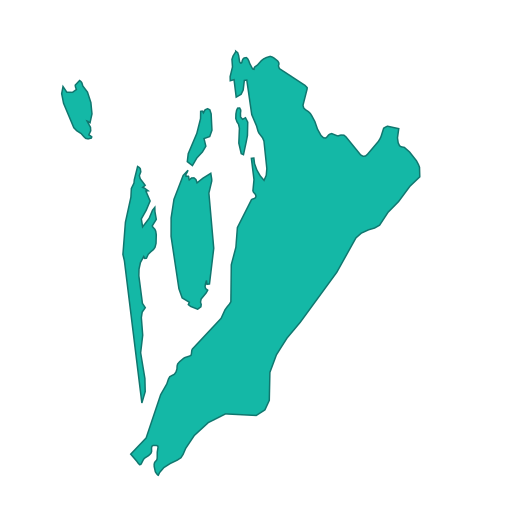 the County of Splitsko-Dalmatinska, rotated 83°
{"feature_id": "HRV-1492", "entity_name": "Splitsko-Dalmatinska", "entity_type": "County", "adm_level": 1, "iso_a3": "HRV", "parent_name": "Croatia", "parent_adm1": "", "projection": "natural_earth1", "projection_center": [16.561, 43.491], "detail": "fine", "context": "isolated", "style": "filled", "palette": "teal", "viewbox_px": 512, "rotation_deg": 83, "n_neighbors": 0, "source": "natural_earth", "source_scale": "10m", "svg_char_len": 4541}
<svg xmlns="http://www.w3.org/2000/svg" viewBox="0 0 512 512"><g transform="rotate(83 256 256)"><path d="M197.4,83.8L205.5,94.7L219.4,107.9L228.7,119.6L240.5,129.6L242.7,134.9L243.7,141.0L246.1,148.6L250.2,154.6L282.0,177.8L327.2,220.2L341.1,235.1L350.2,242.6L356.6,247.8L373.2,256.4L400.9,260.4L409.8,265.9L414.3,275.2L409.0,305.5L415.5,323.6L426.6,339.1L438.3,349.2L444.1,352.6L447.1,355.1L449.0,359.0L451.5,366.4L454.8,373.3L459.2,378.1L461.7,379.7L461.3,380.3L459.9,381.2L457.9,382.2L452.7,382.7L450.5,382.5L449.0,382.0L447.8,381.1L446.7,379.7L446.0,379.2L444.6,378.7L438.6,377.9L433.7,376.5L432.6,376.7L432.0,377.6L431.5,380.9L431.7,381.9L432.4,382.6L433.8,383.1L437.1,383.4L438.7,384.1L440.0,385.5L441.1,387.1L442.6,390.3L443.4,391.7L444.8,392.9L447.8,394.9L448.8,395.7L449.0,396.9L447.3,398.2L445.4,399.2L437.4,404.5L423.2,387.2L382.0,367.5L372.1,360.1L367.3,357.8L365.2,356.2L363.4,351.4L361.3,349.5L358.4,348.2L355.5,347.7L353.6,346.9L351.6,344.7L348.7,340.3L348.1,338.8L347.2,334.1L346.7,332.7L345.5,332.1L341.8,331.2L340.6,330.5L313.6,298.2L305.6,293.3L302.7,290.6L300.6,288.3L298.3,286.5L261.7,281.6L244.9,274.9L225.5,271.0L199.5,253.6L199.1,252.7L198.8,251.0L198.1,249.4L196.6,248.7L194.8,249.1L192.2,250.8L190.8,251.1L180.0,248.7L158.5,248.7L158.5,246.2L164.2,246.2L170.7,244.7L176.9,242.1L181.9,238.8L177.2,236.0L170.6,234.6L142.9,234.1L139.5,235.1L134.2,238.2L132.2,238.8L127.0,239.6L115.1,243.0L80.3,243.7L80.3,246.2L89.7,248.5L93.7,251.1L95.9,256.3L78.3,256.3L78.9,260.2L74.8,259.8L65.5,256.3L57.9,255.9L54.7,254.4L50.6,251.1L50.3,251.1L52.0,249.4L55.1,248.8L61.3,248.6L62.7,247.8L62.6,246.9L61.8,246.3L60.3,245.8L58.9,244.9L58.0,243.7L57.9,241.4L59.1,240.3L61.4,239.4L64.1,238.8L68.9,237.0L70.3,236.1L70.5,235.2L69.1,234.9L68.2,234.2L66.6,231.2L62.7,226.8L61.3,224.4L60.3,221.6L59.6,217.6L60.5,215.6L61.8,213.9L65.1,210.7L66.8,209.9L68.2,209.8L69.8,210.5L71.1,210.4L72.9,209.9L92.6,186.6L95.1,184.7L96.4,184.9L112.1,191.0L114.9,190.6L116.8,189.1L119.2,186.3L121.2,184.7L123.5,183.6L129.7,181.2L137.6,179.5L144.3,176.8L146.9,174.6L147.4,172.4L146.3,170.8L144.8,169.3L144.1,168.0L143.7,166.0L146.6,160.7L146.8,159.8L146.5,158.6L146.3,156.9L146.8,154.0L148.7,152.2L168.3,139.9L170.1,137.6L170.1,135.1L168.6,132.9L157.2,120.6L154.7,118.6L152.6,117.3L144.7,113.7L143.8,111.6L143.2,109.7L147.0,98.8L156.0,101.2L161.0,101.1L164.0,100.1L165.1,98.9L165.7,97.4L166.3,95.5L171.5,90.9L181.1,85.1L185.1,83.6L187.9,82.9L197.4,83.8ZM189.7,330.5L167.2,318.5L162.6,313.0L164.9,314.4L166.5,315.7L168.4,315.7L168.6,313.4L169.4,313.1L170.7,313.3L172.3,313.0L170.7,310.4L170.9,308.0L172.8,306.3L176.2,305.6L172.3,299.2L168.4,290.8L174.4,290.6L176.2,290.8L187.8,295.1L243.2,297.0L278.1,305.6L278.1,308.1L274.2,308.1L277.3,309.5L280.0,310.3L282.2,310.0L284.0,308.1L286.6,310.0L292.0,315.7L295.0,316.7L297.5,316.3L299.7,316.9L301.7,320.4L298.1,327.0L296.0,329.1L293.8,327.8L288.6,334.4L279.1,336.5L226.2,337.9L207.8,335.6L189.7,330.5ZM244.8,387.2L238.2,387.9L206.6,381.5L182.4,373.0L173.8,371.5L168.7,368.2L165.5,367.5L152.7,362.6L154.0,361.0L155.3,360.2L158.4,360.1L162.0,362.0L165.2,361.5L172.3,357.4L174.1,360.1L174.9,358.6L178.1,355.2L178.1,357.4L188.5,354.4L197.2,359.4L205.2,365.3L213.3,365.0L205.5,357.4L197.9,353.1L195.4,350.5L199.5,350.9L207.5,350.5L213.3,355.2L214.4,355.1L217.2,353.1L219.2,352.5L222.8,352.4L231.3,353.7L235.1,355.2L237.1,357.0L238.9,359.8L241.2,362.8L244.8,365.0L244.9,366.7L244.5,367.1L243.7,367.1L242.8,367.5L248.4,371.5L254.7,373.7L261.4,374.7L289.2,374.5L293.8,372.2L297.8,375.8L303.1,377.3L320.8,378.1L338.0,382.3L364.1,381.2L377.1,382.5L388.0,387.2L316.4,387.2L244.8,387.2ZM115.4,407.2L116.6,405.6L117.8,404.5L118.9,405.1L119.3,408.4L118.5,410.7L116.6,412.3L113.2,414.6L109.8,418.7L106.5,421.2L81.0,428.4L71.2,429.1L64.3,426.9L70.4,423.8L71.2,418.2L68.9,414.0L66.1,414.6L64.4,414.6L60.3,409.7L61.5,408.5L62.7,407.8L64.1,407.5L66.1,407.2L72.8,403.3L83.6,401.2L95.0,401.5L103.5,404.5L102.0,406.3L101.5,407.2L108.1,404.6L111.6,404.8L115.4,407.2ZM158.5,308.1L154.0,312.7L146.2,310.8L127.1,299.8L112.9,294.3L105.7,293.3L105.6,291.7L105.9,291.2L106.7,291.1L107.5,290.8L104.7,288.7L103.9,286.1L105.3,284.0L109.5,283.2L125.8,284.4L131.8,287.4L133.1,293.3L140.9,292.4L146.2,296.5L151.4,302.7L158.5,308.1ZM135.3,249.8L142.1,252.0L153.9,256.1L152.6,258.2L141.9,259.3L127.2,256.9L123.0,257.3L120.6,258.5L117.0,259.3L112.5,258.6L109.0,257.5L107.0,256.2L107.1,254.2L109.2,253.4L110.4,253.5L112.3,254.0L116.2,254.4L118.7,252.6L117.5,249.6L122.2,247.9L135.3,249.8Z" fill="#14b8a6" stroke="#0f766e" stroke-width="1.5"/></g></svg>